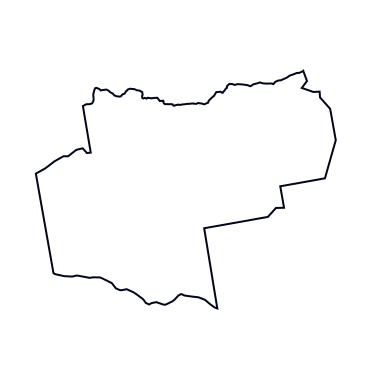 outline of Adams, Idaho, United States of America, rotated 260°
{"feature_id": "52423323B12250244819251", "entity_name": "Adams", "entity_type": "district", "adm_level": 2, "iso_a3": "USA", "parent_name": "United States of America", "parent_adm1": "Idaho", "projection": "robinson", "projection_center": [-116.339, 44.856], "detail": "fine", "context": "isolated", "style": "outline", "palette": "ink", "viewbox_px": 384, "rotation_deg": 260, "n_neighbors": 0, "source": "geoboundaries", "source_scale": "gbopen_adm2", "svg_char_len": 2596}
<svg xmlns="http://www.w3.org/2000/svg" viewBox="0 0 384 384"><g transform="rotate(260 192 192)"><path d="M295.6,99.5L248.4,99.1L248.6,95.3L254.0,91.9L253.6,85.4L248.7,76.2L249.5,71.6L246.1,61.9L240.8,51.7L237.2,41.4L136.1,41.5L134.9,42.9L133.5,46.2L131.3,51.6L129.6,59.0L129.5,59.8L129.8,63.4L129.5,64.9L125.2,76.4L125.2,79.5L123.9,86.2L123.6,87.0L123.1,87.8L116.2,97.2L110.3,100.3L108.0,103.8L107.7,104.6L107.5,106.6L107.6,110.2L107.7,110.6L103.6,116.7L100.3,120.2L95.4,124.8L94.0,125.7L90.7,127.3L88.7,130.3L88.7,130.7L89.3,131.8L89.6,133.0L89.7,138.0L89.2,138.6L86.1,144.3L85.6,146.3L87.6,153.3L87.8,153.9L89.1,156.3L92.2,160.3L93.3,163.1L93.3,163.7L92.8,164.6L91.4,166.6L90.3,169.8L89.2,173.3L87.9,177.6L87.3,179.8L85.9,182.3L83.5,186.1L78.1,190.6L74.4,194.2L72.9,196.7L154.2,197.7L154.3,262.4L161.7,271.9L160.5,279.9L182.3,279.9L182.4,325.3L218.1,342.6L249.9,342.5L262.9,334.5L268.7,335.1L269.4,329.0L275.4,318.2L281.3,324.5L292.0,322.6L291.6,321.9L290.7,318.5L291.0,316.0L290.2,312.0L289.7,308.5L288.1,305.1L287.3,301.8L286.6,298.9L286.8,296.4L286.0,293.0L284.7,291.7L284.1,290.6L285.0,289.5L285.4,286.8L285.9,283.8L286.8,280.4L288.1,277.9L287.7,275.5L287.4,271.2L286.0,268.0L287.7,264.9L289.1,260.6L290.3,255.7L290.2,254.0L290.1,252.9L290.2,252.1L291.2,250.8L291.9,247.6L290.4,245.1L289.2,244.5L288.8,244.5L288.4,244.3L288.3,243.9L287.9,243.3L287.5,242.8L286.6,242.0L285.8,241.2L285.6,240.7L285.3,240.2L284.4,239.5L284.8,238.4L285.8,237.6L286.1,233.2L282.9,230.4L281.4,227.8L279.6,225.2L278.7,224.1L277.2,223.4L276.8,221.5L276.2,219.4L276.9,217.9L277.6,216.6L277.8,215.7L278.1,214.7L278.6,213.5L278.4,212.7L278.1,211.7L278.3,210.3L278.8,208.9L279.1,207.9L279.2,206.8L279.3,204.5L279.6,202.9L279.7,199.9L279.9,197.4L279.8,195.7L280.2,194.1L280.5,193.4L280.4,191.8L280.3,190.3L280.0,189.4L280.5,188.5L281.5,188.3L282.1,187.0L282.4,185.0L282.8,182.9L283.3,180.4L284.3,179.7L285.5,179.4L286.2,179.7L286.9,179.5L286.9,178.9L287.2,176.0L289.3,175.0L290.2,174.6L290.8,174.1L291.0,173.0L291.2,170.7L291.3,168.5L291.8,166.7L292.5,164.7L291.9,163.4L292.9,161.7L292.6,160.3L293.2,159.4L295.2,159.5L296.5,160.3L299.0,160.3L300.8,158.2L301.9,155.1L303.3,153.2L304.0,150.3L304.5,149.0L304.1,146.6L303.1,145.5L302.7,144.6L301.5,143.5L300.6,142.7L300.0,140.1L298.8,138.9L298.4,137.7L299.2,134.8L300.5,132.4L302.8,130.9L304.4,128.8L305.9,127.8L307.7,125.6L307.9,122.7L307.9,121.0L307.9,119.7L309.2,118.9L310.3,117.3L311.0,116.4L311.1,114.8L309.7,113.7L305.2,111.7L300.1,111.2L298.1,110.3L296.5,108.8L296.3,106.4L296.8,103.0L295.6,99.7L295.6,99.5Z" fill="none" stroke="#020617" stroke-width="2"/></g></svg>